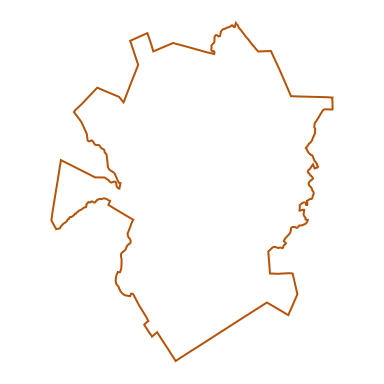 Mavoko, Eastern, Kenya (Natural Earth projection)
{"feature_id": "3690345B67354974829393", "entity_name": "Mavoko", "entity_type": "district", "adm_level": 2, "iso_a3": "KEN", "parent_name": "Kenya", "parent_adm1": "Eastern", "projection": "natural_earth1", "projection_center": [37.054, -1.446], "detail": "fine", "context": "isolated", "style": "outline", "palette": "amber", "viewbox_px": 384, "rotation_deg": 0, "n_neighbors": 0, "source": "geoboundaries", "source_scale": "gbopen_adm2", "svg_char_len": 5945}
<svg xmlns="http://www.w3.org/2000/svg" viewBox="0 0 384 384"><path d="M75.2,110.2L74.6,111.2L73.9,112.0L80.4,120.6L81.3,122.0L82.7,124.9L86.1,132.3L86.6,133.6L87.0,134.9L87.1,136.0L87.4,139.3L87.6,140.2L88.0,140.8L88.6,141.2L89.3,141.4L90.0,141.2L90.7,140.8L91.4,140.5L92.2,140.6L93.0,141.5L94.3,143.7L95.1,144.7L96.0,145.0L97.8,144.9L98.5,145.0L99.2,145.3L99.7,145.8L100.0,146.5L100.5,147.2L101.0,147.8L101.6,148.3L102.3,148.7L103.7,149.3L104.4,150.4L104.5,151.3L104.7,152.4L106.4,154.2L106.7,155.5L107.4,161.7L107.8,166.3L108.1,167.4L108.8,168.9L109.3,169.5L110.6,170.6L111.9,171.3L113.6,172.4L114.5,173.3L115.2,174.8L116.5,177.7L117.9,181.1L118.4,181.9L118.9,182.7L119.6,183.1L120.5,183.1L119.4,188.6L118.6,188.3L117.7,187.8L116.7,186.4L116.4,184.9L116.3,184.0L116.1,182.8L115.6,182.1L115.1,181.7L114.1,181.6L113.1,182.0L112.3,182.3L111.5,182.5L110.6,182.3L110.0,181.9L109.1,180.7L108.2,179.9L106.7,178.9L106.0,178.5L105.2,177.8L104.4,177.5L95.1,177.4L88.5,174.0L60.9,160.1L58.0,178.6L56.1,189.9L52.5,212.2L51.4,220.5L56.2,229.2L57.0,228.8L58.0,228.8L59.3,228.5L60.1,228.2L60.3,227.4L60.6,226.7L61.9,225.5L62.6,224.4L63.7,223.5L65.5,222.4L66.2,221.8L66.7,221.3L67.4,220.1L68.1,219.2L69.0,218.8L69.4,218.0L69.6,217.4L70.4,217.0L71.4,217.0L72.3,216.4L73.4,215.7L74.1,215.1L74.4,214.4L74.8,213.8L75.8,213.8L76.6,212.6L78.2,211.5L78.9,210.6L80.8,209.9L81.5,209.5L82.5,208.6L83.3,208.1L84.0,207.7L84.9,207.2L86.0,207.2L86.3,206.4L86.4,204.6L87.1,203.7L87.7,202.7L88.4,202.1L89.2,202.5L90.3,202.3L91.1,201.7L91.8,201.3L92.5,201.7L94.0,202.4L94.7,202.6L95.3,202.2L95.7,201.5L96.2,201.0L96.7,200.3L97.2,199.9L98.2,199.6L98.8,199.2L99.7,198.8L100.6,199.1L101.7,199.1L102.8,198.6L103.6,198.4L104.5,198.4L105.4,198.6L107.7,199.7L108.6,200.3L110.1,201.0L108.4,204.9L115.4,209.2L133.3,219.8L132.8,220.5L131.6,223.0L131.1,224.3L130.6,225.9L129.5,228.7L128.8,230.7L128.1,232.2L127.7,233.3L127.7,234.2L127.7,235.0L127.9,235.9L128.3,236.9L130.1,239.3L130.4,240.0L130.6,240.7L130.6,241.6L130.5,242.6L130.1,243.4L128.6,244.3L127.8,245.0L127.3,245.6L126.9,246.2L126.3,247.5L125.9,248.6L125.4,249.8L124.0,251.0L122.2,252.5L121.5,253.2L121.0,254.1L120.9,255.4L121.0,256.4L121.5,258.9L121.6,261.5L121.3,268.4L121.1,269.1L120.2,271.7L119.8,272.4L117.8,272.0L116.5,275.0L116.1,277.2L115.8,278.9L115.7,280.5L115.8,281.8L116.2,283.2L116.4,284.1L116.9,284.9L117.6,285.5L118.2,286.3L118.6,286.9L119.2,288.6L120.4,291.0L122.3,293.5L123.8,294.6L125.4,295.4L128.5,295.9L130.2,296.1L131.1,293.7L132.5,293.7L133.3,294.4L133.9,295.4L135.1,297.8L139.1,305.4L146.1,316.7L148.4,321.0L146.1,322.8L144.2,324.8L146.8,328.8L150.4,334.2L151.6,335.7L152.0,336.6L157.1,332.2L160.8,338.0L169.0,350.5L170.3,352.7L173.4,357.4L175.6,361.0L190.9,351.1L203.4,343.2L219.5,332.8L231.7,325.0L241.5,318.7L266.9,302.5L276.0,307.8L285.0,313.2L288.3,315.1L297.4,294.3L292.7,273.7L291.8,273.4L289.3,273.2L282.7,273.5L278.6,273.8L270.0,273.5L268.3,251.5L270.6,249.4L271.9,248.1L272.7,247.4L273.4,247.1L274.5,246.8L275.6,247.1L276.7,247.5L278.2,248.0L279.0,247.8L279.9,247.6L280.9,247.7L282.5,248.1L283.2,247.5L283.4,246.6L283.6,245.7L284.2,245.0L284.9,244.6L286.0,243.4L283.8,241.0L284.4,239.8L285.1,238.6L289.6,233.7L290.1,232.9L290.5,231.9L290.7,231.0L291.0,228.1L291.6,227.4L292.5,227.1L293.2,227.0L295.2,227.1L296.7,227.9L297.7,227.4L298.5,226.6L299.0,225.7L300.1,225.4L301.1,225.4L302.3,225.3L303.8,224.5L304.5,224.3L305.9,223.5L306.4,223.0L306.9,222.2L307.6,220.7L307.8,219.8L306.1,219.8L305.4,219.1L305.5,217.7L304.3,216.3L304.0,215.6L303.6,214.5L303.8,212.4L304.1,211.0L304.1,209.8L303.0,209.7L302.1,210.1L300.7,210.4L299.6,210.6L299.8,206.7L299.7,205.1L300.8,204.4L302.3,203.0L303.5,202.5L304.6,202.4L305.2,202.5L305.8,203.1L306.2,205.0L307.1,205.0L307.4,203.8L307.0,200.8L307.7,200.6L308.3,200.1L309.6,199.2L310.5,199.0L311.7,198.9L312.4,197.7L312.6,196.6L313.0,195.2L313.5,194.5L313.7,193.8L313.5,192.0L312.9,191.0L312.3,190.4L311.6,188.1L311.0,187.3L309.4,185.8L308.8,184.7L308.6,183.6L308.9,182.5L309.5,181.7L310.3,180.9L311.2,180.1L312.1,179.5L312.9,178.8L312.8,177.8L312.1,176.9L311.5,176.2L310.2,175.2L309.3,173.6L308.3,172.9L307.8,172.0L308.0,170.9L308.4,170.2L308.9,169.7L309.5,169.2L310.7,167.9L311.0,167.2L311.4,166.6L313.0,164.4L314.6,168.4L317.5,167.5L318.0,167.0L317.3,165.8L317.1,164.3L316.6,163.5L316.1,163.0L315.7,162.0L314.8,161.1L314.2,160.3L313.9,159.2L313.5,158.4L312.9,156.6L312.2,155.3L310.7,154.9L310.4,154.2L309.6,153.8L309.0,153.3L308.4,152.5L307.5,150.9L307.1,150.1L306.8,149.2L306.3,148.6L305.8,148.1L306.2,147.4L307.0,146.7L307.6,145.9L308.0,145.2L308.7,144.1L309.4,143.3L310.4,142.6L311.8,140.8L312.2,139.9L312.9,137.8L314.2,135.1L315.0,133.1L315.1,131.3L315.1,130.0L315.2,128.7L314.4,127.5L314.3,125.8L314.5,124.3L314.9,123.2L315.3,122.1L316.0,121.5L317.1,119.7L317.5,119.0L318.0,118.4L318.4,117.8L318.9,116.9L320.1,114.8L323.1,110.1L324.1,109.5L325.0,109.3L332.4,109.5L332.6,108.5L332.4,100.4L332.2,99.0L332.5,97.6L326.6,97.2L299.9,96.5L291.0,96.2L280.1,70.9L270.9,51.0L258.2,51.5L255.5,48.5L254.1,46.7L251.8,44.1L250.3,42.2L249.7,41.3L249.1,40.5L248.7,39.9L246.0,36.8L243.1,33.0L241.6,31.0L239.5,28.5L238.6,27.6L238.4,26.7L237.7,25.2L237.1,24.6L236.4,23.9L235.9,23.0L235.4,24.3L235.2,25.4L234.8,26.9L233.8,27.1L232.4,25.3L231.5,25.4L230.8,26.2L228.5,27.4L227.5,27.5L226.8,27.7L226.0,28.3L225.2,28.7L223.8,29.0L223.0,29.4L222.3,29.9L221.5,30.8L220.9,31.7L220.5,33.7L220.3,34.9L219.8,36.2L218.9,36.5L216.8,35.2L216.0,35.1L215.3,35.6L214.7,36.7L214.5,37.4L214.5,38.4L214.5,39.9L214.4,41.1L214.3,42.3L213.7,43.2L212.9,43.7L212.2,44.5L211.6,45.3L211.4,46.1L211.5,46.9L211.6,48.0L211.3,49.0L211.4,50.4L212.3,51.2L213.1,50.9L214.0,51.3L214.4,52.1L214.5,53.0L214.2,54.0L205.7,52.0L187.6,46.9L176.4,43.9L173.1,43.0L159.4,48.8L153.3,51.4L151.9,46.7L151.4,44.8L147.4,33.1L130.2,40.8L137.0,61.3L138.2,64.9L129.8,86.1L124.1,101.1L123.5,102.4L119.1,96.9L116.5,95.8L106.1,91.5L97.3,87.7L90.1,95.2L81.8,104.0L75.2,110.2Z" fill="none" stroke="#b45309" stroke-width="2"/></svg>